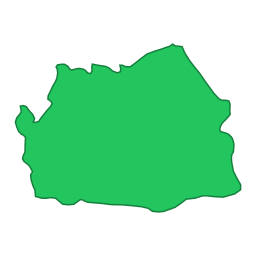 the district of Karelichy, Grodno, Belarus
{"feature_id": "67162791B39609385147896", "entity_name": "Karelichy", "entity_type": "district", "adm_level": 2, "iso_a3": "BLR", "parent_name": "Belarus", "parent_adm1": "Grodno", "projection": "orthographic", "projection_center": [26.2, 53.507], "detail": "fine", "context": "isolated", "style": "filled", "palette": "green", "viewbox_px": 256, "rotation_deg": 0, "n_neighbors": 0, "source": "geoboundaries", "source_scale": "gbopen_adm2", "svg_char_len": 1927}
<svg xmlns="http://www.w3.org/2000/svg" viewBox="0 0 256 256"><path d="M35.5,196.5L37.0,196.8L41.3,198.1L46.0,198.3L50.5,197.6L55.6,198.2L59.1,201.2L62.7,204.2L68.5,204.8L73.9,204.2L76.3,202.5L79.9,199.9L81.6,199.5L86.8,202.0L89.3,202.4L100.7,203.3L111.2,204.6L122.4,204.8L132.2,205.7L141.5,206.7L148.3,208.3L152.4,211.3L158.4,211.9L163.5,211.5L172.6,208.2L174.9,207.4L180.4,203.7L186.3,199.1L195.0,198.2L202.3,195.9L206.8,195.8L215.1,196.7L220.9,197.0L223.3,197.1L234.7,193.9L240.6,189.7L240.6,184.7L236.9,178.3L233.3,171.0L232.7,167.5L231.8,163.0L231.4,158.7L231.7,154.9L233.4,151.8L233.9,145.6L233.7,143.0L232.4,138.5L231.3,137.0L229.0,134.6L226.4,133.3L222.8,132.2L220.6,131.7L219.7,129.0L220.6,126.0L222.4,122.9L225.8,119.5L228.9,116.1L230.2,114.2L229.8,111.3L230.0,106.6L230.0,104.0L228.9,101.0L225.7,100.3L222.1,100.3L219.2,99.0L216.5,96.2L213.7,93.1L209.0,86.7L204.4,80.3L199.7,73.4L195.0,67.6L190.0,61.2L184.8,53.0L182.1,46.7L177.8,46.1L175.5,46.1L172.6,44.1L169.7,46.3L166.4,47.3L161.5,49.1L154.9,51.1L147.1,54.0L141.0,58.5L135.0,63.3L130.2,66.8L125.3,66.6L122.3,65.2L119.9,65.2L120.7,68.7L120.4,71.7L117.2,72.8L112.3,70.9L109.4,68.2L105.3,66.3L100.7,65.7L96.1,64.9L92.3,64.1L91.8,67.4L92.1,70.6L90.7,73.6L87.7,73.0L85.6,70.6L83.4,69.2L78.8,68.4L75.0,69.2L71.5,70.0L69.6,68.9L67.8,66.2L64.5,64.3L61.3,64.3L57.5,64.9L56.1,67.0L57.2,68.9L57.7,73.0L56.9,78.1L55.6,81.3L52.6,86.5L50.4,91.3L48.2,95.7L47.9,99.2L50.6,101.1L52.2,103.5L50.3,106.8L47.1,110.3L43.3,115.1L41.1,117.8L38.9,121.3L35.7,122.4L33.2,122.1L34.1,120.0L34.6,118.6L32.5,114.3L28.7,110.2L26.5,106.9L23.6,105.6L20.3,106.1L21.1,109.9L21.1,112.3L19.2,114.8L16.7,118.0L15.4,122.1L16.7,126.7L18.6,131.3L21.5,134.3L23.4,135.1L25.5,137.5L25.1,145.6L25.1,149.1L24.9,152.4L23.5,155.0L22.5,158.7L24.0,161.4L29.2,165.6L31.6,169.8L32.5,171.9L30.7,174.7L30.9,178.1L31.6,181.3L32.8,185.3L35.0,190.3L35.5,196.5Z" fill="#22c55e" stroke="#15803d" stroke-width="1.5"/></svg>